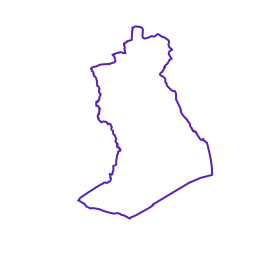 outline of Njombe, Njombe, United Republic of Tanzania, rotated 59°
{"feature_id": "72390352B62498272724852", "entity_name": "Njombe", "entity_type": "district", "adm_level": 2, "iso_a3": "TZA", "parent_name": "United Republic of Tanzania", "parent_adm1": "Njombe", "projection": "mercator", "projection_center": [35.063, -9.284], "detail": "fine", "context": "isolated", "style": "outline", "palette": "violet", "viewbox_px": 256, "rotation_deg": 59, "n_neighbors": 0, "source": "geoboundaries", "source_scale": "gbopen_adm2", "svg_char_len": 5652}
<svg xmlns="http://www.w3.org/2000/svg" viewBox="0 0 256 256"><g transform="rotate(59 128 128)"><path d="M124.2,69.7L123.7,69.3L122.6,69.0L120.7,68.9L120.1,69.2L119.6,70.3L119.0,70.8L117.5,71.4L115.6,71.9L114.9,72.0L113.7,72.4L112.8,72.6L111.2,72.7L110.1,72.4L109.8,72.0L107.9,72.3L105.0,70.7L104.0,70.8L102.7,71.2L101.9,71.6L100.5,72.5L99.3,73.1L98.7,72.9L98.4,72.9L98.2,72.8L97.6,71.0L97.5,69.9L97.3,69.5L97.4,69.4L96.8,68.3L96.0,67.1L95.6,66.5L95.0,66.0L95.2,65.8L95.1,65.1L94.0,64.7L93.6,63.8L93.5,62.6L93.2,61.4L92.4,59.7L91.0,57.2L91.0,55.0L90.1,55.0L89.4,55.1L87.5,55.0L86.2,55.1L85.3,54.8L84.5,54.2L83.9,53.4L83.6,52.9L83.5,52.4L83.7,51.0L83.7,50.1L83.4,49.9L82.7,50.0L80.4,51.0L79.1,50.8L77.8,50.5L77.1,50.1L76.4,49.6L75.8,48.8L75.3,48.5L74.7,48.2L74.0,48.2L73.4,48.3L71.4,49.0L70.5,49.6L69.1,50.1L68.6,50.5L68.2,51.0L67.9,51.4L67.6,51.6L67.3,51.8L67.1,52.0L65.4,52.8L64.1,53.2L63.5,53.6L63.0,54.0L62.7,54.6L62.7,54.9L63.1,56.1L63.2,57.2L62.9,58.8L62.2,59.8L61.7,60.2L61.3,60.6L61.1,62.2L61.1,63.2L60.8,65.0L60.4,65.8L59.8,67.8L58.4,68.7L56.4,68.1L55.0,67.1L53.0,65.7L51.5,64.6L49.1,64.4L48.1,65.2L46.6,66.9L44.8,69.2L44.5,71.6L44.5,72.9L44.9,72.9L46.0,73.2L46.5,73.6L46.8,74.3L47.5,75.0L48.3,75.2L51.3,77.5L53.8,79.0L54.4,79.6L54.0,81.2L53.8,82.2L53.3,83.9L53.5,83.9L53.8,84.9L53.4,87.0L53.5,87.7L54.4,87.8L54.7,88.3L54.6,88.5L55.3,88.9L56.5,89.0L57.1,89.1L57.8,89.5L58.5,90.5L59.5,90.8L62.4,91.7L61.6,92.8L61.3,93.6L61.0,93.6L59.7,94.7L58.8,96.1L58.8,97.0L58.3,97.8L57.9,99.4L57.8,101.4L57.6,101.4L57.4,102.3L57.3,103.4L58.7,103.1L60.7,103.2L63.7,104.0L64.1,104.3L64.4,104.7L64.5,105.1L64.6,106.3L63.8,109.2L63.9,110.1L63.6,110.8L62.5,112.7L62.3,113.5L61.4,114.9L59.7,118.5L59.4,119.4L59.1,120.1L59.2,120.7L59.0,122.7L59.1,123.1L58.7,123.9L58.4,124.8L58.1,125.4L58.1,125.8L57.7,127.7L57.8,128.7L57.9,129.1L58.2,129.1L58.4,129.0L59.0,129.0L60.0,129.2L60.5,129.6L61.1,129.2L62.1,129.1L63.0,129.2L63.4,129.6L63.8,129.8L64.3,129.8L64.8,129.7L65.4,130.3L65.9,130.3L66.4,130.1L66.8,129.8L68.8,129.6L69.7,129.9L70.3,130.2L70.8,130.3L71.6,130.2L72.0,130.3L72.7,130.8L73.1,131.3L73.8,131.6L75.1,132.1L75.6,132.6L76.2,132.4L77.0,132.0L78.3,132.0L79.0,132.2L79.5,132.1L79.8,132.3L80.3,132.7L80.4,133.1L81.2,133.9L81.6,134.0L81.9,133.9L82.2,134.0L82.3,134.3L83.4,134.5L84.0,134.5L84.7,134.1L84.9,134.2L85.3,134.5L85.5,134.5L86.1,135.4L86.2,135.7L87.6,137.3L88.4,137.6L88.8,138.0L89.1,138.9L89.2,139.4L89.7,139.4L89.9,139.5L90.0,139.8L89.9,140.7L89.2,141.1L89.3,141.7L89.6,141.9L90.3,142.5L91.2,142.9L92.3,143.6L92.4,143.4L93.2,143.2L93.2,142.9L93.7,142.4L94.1,142.4L94.6,142.2L95.1,142.3L95.3,142.1L95.7,142.0L96.3,142.5L96.7,142.6L97.2,142.3L97.4,143.1L98.3,143.4L98.5,143.7L99.3,144.4L99.5,144.6L99.9,144.6L100.2,144.9L100.1,145.0L100.4,145.5L100.7,145.6L100.8,146.1L101.3,146.1L101.6,146.6L101.5,147.1L102.0,147.7L102.4,148.0L102.8,148.2L103.4,148.2L103.8,147.9L104.0,147.9L104.5,148.5L105.0,148.5L105.4,148.7L105.6,148.9L107.0,148.5L107.9,148.3L108.7,148.2L109.3,148.0L109.4,147.2L109.6,146.0L110.8,144.4L111.2,143.8L111.9,143.5L112.3,143.2L112.7,143.2L114.0,143.3L114.4,143.3L114.5,143.1L114.2,142.7L114.3,142.3L114.7,142.1L114.8,141.8L115.1,141.4L116.0,141.0L117.0,141.4L118.4,141.2L119.1,141.6L119.5,142.3L120.3,142.8L120.9,143.0L121.4,142.9L122.3,142.5L122.9,142.4L124.1,143.1L124.8,143.4L125.9,143.6L127.9,143.1L129.7,143.6L131.1,143.6L131.3,143.7L132.4,145.1L133.1,145.7L134.2,145.7L134.9,145.5L135.6,145.2L136.2,145.1L136.7,145.2L137.0,145.4L137.2,146.4L138.0,146.3L138.4,147.0L138.7,147.1L139.0,147.0L139.5,146.4L139.8,145.9L140.3,145.7L140.7,145.6L141.3,146.2L141.6,146.1L141.8,145.7L142.5,145.7L143.2,145.9L143.5,146.4L143.3,147.1L143.3,147.9L143.4,148.9L143.8,148.9L144.8,149.7L145.4,150.7L145.7,151.4L148.5,153.5L149.1,154.2L149.8,154.8L151.2,155.8L151.9,156.1L152.5,156.3L152.8,156.6L153.4,157.7L153.0,160.2L155.0,161.3L156.9,162.5L157.2,163.1L158.1,163.9L158.6,164.6L159.5,165.3L159.6,165.9L158.7,166.6L158.2,167.3L159.5,167.7L161.0,168.5L161.4,168.5L161.4,168.4L161.4,168.5L161.9,168.4L162.7,168.7L163.4,169.5L163.9,170.1L164.1,170.3L164.4,170.9L164.4,171.9L164.1,172.5L164.4,173.3L164.1,174.1L164.2,174.5L163.4,175.2L162.5,176.5L162.7,178.4L162.4,181.7L162.7,194.5L163.2,203.6L163.3,205.0L164.5,207.8L166.3,206.7L169.4,205.3L170.1,204.5L171.0,204.4L173.7,204.1L176.5,202.4L177.8,201.4L178.4,199.5L181.3,196.1L183.3,194.0L185.6,192.4L188.5,189.9L190.2,188.3L193.5,184.9L194.6,183.2L195.2,181.7L195.8,180.5L197.3,179.2L199.4,178.2L200.6,176.6L205.5,173.7L206.5,173.0L206.1,172.1L206.3,171.6L206.2,171.1L206.4,170.1L206.9,166.2L207.4,149.4L207.0,146.1L206.4,146.1L206.4,104.3L208.1,91.6L211.5,80.2L211.0,79.7L209.7,79.0L205.9,76.8L198.7,73.7L190.1,70.6L181.3,67.9L180.9,68.1L180.5,68.4L178.9,68.7L178.4,69.1L177.9,69.8L177.0,69.8L176.3,69.2L176.0,69.6L176.3,70.0L176.1,70.9L175.7,71.5L175.1,71.8L173.9,72.0L172.0,72.0L171.2,72.0L170.7,72.2L170.2,72.2L169.6,72.1L169.2,72.1L168.8,72.0L168.3,72.3L167.3,71.8L166.8,71.8L166.6,72.1L166.2,72.1L166.0,72.3L165.6,72.3L165.4,72.4L165.2,72.7L164.6,72.8L164.8,73.4L164.5,73.8L163.2,73.8L162.3,73.7L162.0,73.6L161.8,73.7L161.5,73.5L161.0,73.4L160.8,73.6L160.2,73.7L158.3,73.7L157.7,73.6L157.1,73.0L156.6,72.8L156.2,72.8L155.5,72.8L154.3,73.1L153.2,73.0L152.8,73.3L152.4,73.3L152.0,73.1L151.5,73.2L151.2,73.1L150.7,73.2L150.2,73.5L149.4,73.4L148.2,74.0L146.9,74.1L146.0,74.2L145.5,74.4L144.2,74.4L143.5,74.5L141.1,74.4L140.2,73.4L139.8,73.4L138.9,73.4L138.4,73.2L137.5,72.8L136.8,72.8L135.2,72.9L134.6,72.6L133.8,72.4L133.1,72.5L131.8,72.5L131.1,72.1L130.7,72.1L130.1,72.3L128.7,72.2L128.2,72.1L127.8,71.7L126.5,71.2L126.0,70.7L124.2,69.7Z" fill="none" stroke="#5b21b6" stroke-width="2"/></g></svg>